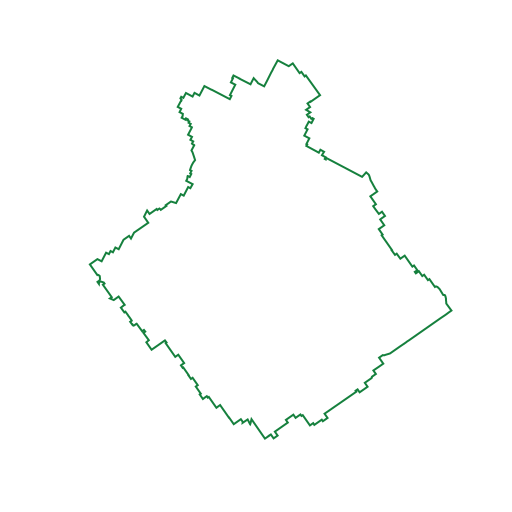 Quairading, Western Australia, Australia, rotated 55°
{"feature_id": "25037944B17943761568072", "entity_name": "Quairading", "entity_type": "district", "adm_level": 2, "iso_a3": "AUS", "parent_name": "Australia", "parent_adm1": "Western Australia", "projection": "orthographic", "projection_center": [117.41, -32.015], "detail": "fine", "context": "isolated", "style": "outline", "palette": "green", "viewbox_px": 512, "rotation_deg": 55, "n_neighbors": 0, "source": "geoboundaries", "source_scale": "gbopen_adm2", "svg_char_len": 5673}
<svg xmlns="http://www.w3.org/2000/svg" viewBox="0 0 512 512"><g transform="rotate(55 256 256)"><path d="M167.6,396.9L180.5,396.9L180.5,396.5L181.3,395.9L182.8,395.5L185.5,397.0L186.3,398.3L186.3,400.7L188.8,400.7L187.5,399.6L187.5,398.2L187.9,398.0L188.1,397.6L190.4,395.9L191.7,395.9L191.7,397.9L207.0,397.8L207.0,400.0L210.5,397.8L210.4,391.8L220.7,391.6L220.6,393.0L220.7,394.2L220.7,394.6L220.8,395.6L220.8,396.3L226.7,396.2L226.7,394.9L230.6,394.8L230.8,394.8L231.9,394.9L232.8,394.8L233.5,394.8L234.9,394.8L235.4,394.8L235.8,394.8L236.9,394.8L237.7,394.9L237.7,396.8L241.3,396.7L241.3,396.4L242.7,396.4L242.8,396.2L242.9,395.8L243.0,395.5L242.9,392.7L243.0,392.6L252.3,392.4L252.3,390.2L254.4,390.1L254.4,392.3L263.5,392.1L263.8,395.3L272.9,395.3L272.9,379.0L275.5,378.9L275.5,380.0L292.3,380.0L292.3,376.3L302.5,376.3L302.5,380.2L305.6,380.2L305.6,379.5L313.6,379.5L314.3,379.5L314.9,379.5L314.9,379.8L319.4,379.8L319.4,377.8L328.4,377.8L328.4,380.2L337.1,380.2L337.1,381.5L342.7,381.5L342.6,379.8L342.6,376.7L344.4,376.7L344.4,375.5L357.6,375.5L357.5,370.9L372.9,370.9L372.9,370.7L381.0,370.7L381.0,362.0L384.2,362.0L385.0,362.7L385.1,356.6L388.7,357.1L390.1,357.3L390.3,357.3L390.5,357.3L390.2,356.8L387.1,353.3L388.9,353.3L406.0,353.4L410.7,353.4L410.8,348.5L410.6,348.5L410.7,346.2L415.5,346.2L415.5,341.3L410.7,341.3L410.7,336.6L410.7,333.3L410.7,325.5L407.4,325.5L407.4,316.4L411.3,316.4L411.3,310.5L413.1,310.5L413.2,309.0L425.7,309.0L425.7,305.0L427.8,305.1L427.8,296.0L429.7,296.0L429.7,290.3L424.5,290.3L424.6,271.7L424.7,251.9L424.7,251.7L423.5,251.7L423.5,249.3L427.1,249.3L427.1,239.6L422.3,239.6L422.3,236.0L422.3,234.8L422.3,233.9L422.3,232.7L422.3,231.3L422.2,231.1L422.0,230.8L421.8,230.7L421.6,230.6L421.5,230.4L421.4,230.2L421.4,229.9L421.4,225.5L417.1,225.5L417.2,218.6L417.2,218.4L417.2,218.2L417.2,217.8L417.2,217.7L417.2,216.6L417.2,213.5L415.0,213.5L410.2,213.5L409.9,213.5L409.9,209.0L410.2,208.7L410.7,208.2L410.8,208.1L410.9,207.8L411.0,207.4L411.5,205.8L412.3,203.4L412.6,202.4L412.7,202.2L412.7,201.9L412.7,201.6L412.7,201.2L412.7,200.9L412.7,199.5L412.7,198.9L412.7,190.0L412.8,182.8L412.7,181.3L412.8,179.3L412.8,176.4L412.8,175.4L412.8,170.0L412.8,162.1L412.8,160.0L412.8,148.3L412.8,145.9L412.8,144.1L412.8,140.3L412.9,135.5L412.9,133.4L412.8,130.5L412.8,129.4L412.8,127.2L404.1,127.4L402.5,126.4L401.5,125.9L401.1,125.7L400.8,125.5L400.6,125.3L400.3,125.1L400.2,125.0L400.0,124.9L399.8,124.8L399.6,124.7L399.4,124.6L399.0,124.5L398.5,124.3L397.8,124.0L397.7,123.9L396.4,123.8L396.2,123.8L395.4,124.9L395.3,125.0L388.8,124.6L388.4,124.6L388.2,124.6L385.6,125.1L385.4,125.1L385.2,125.3L384.1,126.0L384.0,126.3L384.0,127.2L374.4,127.2L374.4,129.0L367.8,129.0L367.8,131.3L361.9,131.3L361.9,135.0L360.1,135.0L360.2,132.0L354.4,132.0L354.4,134.0L341.0,134.0L341.0,134.9L341.0,139.3L334.8,139.4L334.8,141.5L329.1,141.6L329.1,141.2L311.1,141.2L311.1,140.0L304.4,140.0L304.4,136.4L304.4,135.1L304.4,134.9L304.4,133.3L298.4,133.3L297.3,133.3L297.2,132.2L297.2,131.8L297.2,131.2L297.2,130.4L297.2,127.4L292.0,127.4L292.0,131.2L286.1,131.4L282.4,131.4L282.4,128.1L272.7,128.1L272.7,119.7L270.9,119.7L269.2,119.7L268.2,119.6L266.9,119.4L266.2,119.4L264.7,119.2L262.2,118.9L261.1,118.8L259.7,118.7L257.7,118.0L255.6,117.3L254.0,117.0L250.7,117.8L251.5,121.3L251.9,123.2L252.0,123.7L216.2,142.1L216.3,142.4L216.5,143.0L216.7,143.3L216.9,143.5L216.7,143.6L215.9,144.0L215.6,143.4L215.1,142.3L211.3,144.2L210.9,143.4L209.9,141.1L209.7,140.5L205.9,142.3L207.4,145.3L205.1,146.4L202.7,147.6L199.5,149.2L194.7,151.6L194.0,150.1L193.2,150.5L190.2,144.8L185.1,147.4L181.8,141.1L179.7,142.2L178.1,139.5L178.1,139.3L178.0,139.1L176.2,135.7L178.9,134.3L176.7,130.1L175.4,130.7L175.5,131.9L175.4,132.0L172.5,132.0L172.5,133.3L169.5,133.3L169.5,129.1L165.0,131.1L165.0,126.3L160.6,126.3L160.6,122.9L161.0,122.9L161.0,111.3L136.7,111.6L136.8,113.2L131.2,113.2L131.2,115.4L119.3,115.4L119.3,117.1L119.3,120.1L119.3,120.3L108.2,126.0L112.6,134.9L112.8,135.1L113.3,136.0L113.6,136.6L114.4,138.3L118.2,145.3L119.0,146.8L121.7,152.0L115.6,155.2L115.3,155.2L114.1,155.2L112.6,155.4L110.7,155.7L109.0,155.9L110.6,159.0L111.5,160.7L111.8,161.3L112.2,162.0L101.3,167.8L101.2,167.7L95.2,170.9L96.5,173.3L97.2,172.9L99.4,177.0L103.8,174.7L109.3,185.1L110.8,184.3L112.5,187.5L107.3,190.2L94.4,196.9L94.3,197.1L87.2,200.8L92.1,210.3L87.1,212.8L89.0,216.5L82.3,219.9L84.8,224.8L82.7,225.9L83.5,227.5L85.5,227.4L85.9,228.0L85.7,228.1L89.0,234.6L92.5,232.8L94.3,236.1L97.6,234.4L98.5,235.2L99.2,235.7L99.3,236.0L100.1,237.6L103.8,235.7L103.1,234.4L105.1,233.4L105.6,234.4L107.5,233.4L108.2,234.8L110.3,233.7L111.4,235.9L113.8,234.7L114.3,235.5L117.7,242.1L121.7,240.1L123.2,243.1L126.1,241.7L127.2,244.0L127.7,243.9L127.9,243.8L128.2,243.8L128.9,243.4L129.2,243.2L129.7,243.0L129.8,243.0L132.5,248.3L134.3,248.5L134.6,248.5L134.9,248.6L135.3,248.7L136.3,249.0L137.6,249.4L138.7,249.7L142.5,250.9L143.2,253.1L143.3,253.5L143.4,253.8L143.6,254.1L143.7,254.4L144.5,256.0L145.1,257.1L145.6,257.8L146.0,258.4L147.7,260.7L147.8,260.8L149.3,260.0L150.0,261.4L150.6,262.5L151.7,262.0L153.3,265.0L151.5,265.9L151.3,266.1L151.5,266.4L152.5,267.3L153.0,267.7L153.2,267.9L153.5,268.3L154.4,270.0L160.8,266.7L162.8,270.9L160.6,272.0L161.8,274.3L165.1,280.6L162.2,282.1L166.8,291.1L162.6,294.4L162.6,300.8L163.6,300.7L163.6,307.5L163.2,307.5L162.9,307.5L161.7,307.9L161.7,310.4L160.5,310.4L160.5,319.1L156.3,319.1L157.1,320.6L158.9,323.9L159.6,325.2L167.0,325.2L167.0,327.5L166.9,342.5L170.0,348.4L166.7,348.4L166.7,355.2L171.7,364.6L168.4,366.3L170.9,371.1L168.5,372.3L170.1,375.4L167.3,376.9L171.8,385.5L167.6,387.7L167.6,396.9Z" fill="none" stroke="#15803d" stroke-width="2"/></g></svg>